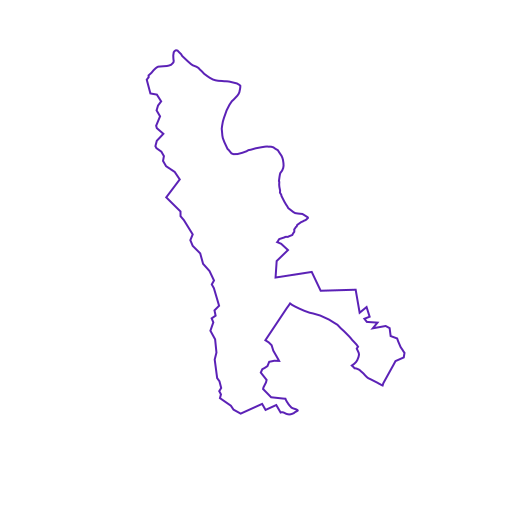 the district of Wujal Wujal, Queensland, Australia, rotated 117°
{"feature_id": "25037944B81164112312357", "entity_name": "Wujal Wujal", "entity_type": "district", "adm_level": 2, "iso_a3": "AUS", "parent_name": "Australia", "parent_adm1": "Queensland", "projection": "robinson", "projection_center": [145.313, -15.966], "detail": "fine", "context": "isolated", "style": "outline", "palette": "violet", "viewbox_px": 512, "rotation_deg": 117, "n_neighbors": 0, "source": "geoboundaries", "source_scale": "gbopen_adm2", "svg_char_len": 4236}
<svg xmlns="http://www.w3.org/2000/svg" viewBox="0 0 512 512"><g transform="rotate(117 256 256)"><path d="M274.9,79.7L273.9,81.6L273.2,82.7L271.5,85.8L267.5,90.6L265.4,92.8L266.2,99.7L259.6,104.2L259.5,108.7L267.4,119.1L260.2,117.5L264.4,127.3L262.7,130.9L258.5,127.2L251.3,134.3L259.5,137.9L240.8,151.9L257.6,182.6L244.9,199.1L266.3,228.8L251.1,235.3L236.2,230.2L233.7,239.1L234.0,243.4L233.2,243.2L230.7,243.1L230.1,242.7L228.0,240.6L226.4,239.0L225.7,238.6L225.1,237.6L224.5,236.3L223.3,235.4L220.8,233.2L219.0,233.2L217.2,232.9L216.3,233.2L215.0,234.0L213.8,233.8L212.0,233.6L211.3,233.2L210.8,233.2L209.9,233.4L209.1,233.2L208.9,233.0L207.1,232.1L205.2,231.1L204.1,230.1L202.8,229.3L202.1,228.6L201.2,228.1L200.8,227.7L199.3,227.3L198.7,227.0L198.3,227.1L198.0,227.6L197.9,228.7L197.6,232.0L197.5,233.8L199.0,237.6L200.0,240.6L199.9,242.7L199.2,246.3L198.7,249.0L197.6,250.6L196.5,252.6L194.7,255.4L191.0,260.5L189.9,261.4L188.7,263.4L186.8,264.2L183.9,266.5L182.0,267.7L179.4,268.9L178.8,269.6L174.8,271.0L172.2,271.8L171.0,272.0L169.9,271.8L168.0,271.5L165.3,271.7L163.1,272.4L160.8,273.7L158.1,275.6L156.5,277.1L155.1,278.8L153.9,281.0L153.0,282.6L151.8,284.6L151.7,287.3L151.3,289.8L151.7,291.9L152.3,293.4L152.8,294.1L153.2,295.4L154.2,297.2L156.9,300.9L160.2,305.2L163.6,308.8L165.1,310.8L167.0,312.0L168.7,313.6L170.2,315.0L173.6,318.8L175.5,322.4L175.7,324.5L174.0,328.3L173.5,330.0L168.9,335.9L166.0,339.1L163.9,340.7L159.9,343.2L158.2,344.3L155.4,345.3L151.1,346.6L147.2,347.3L144.0,347.7L139.6,348.3L133.3,348.3L129.1,347.8L127.0,347.0L121.6,345.4L119.4,345.1L117.6,345.2L114.6,346.0L113.1,346.5L111.5,347.2L111.1,348.3L110.9,351.3L112.7,358.9L113.5,361.1L114.6,363.4L115.7,366.2L117.0,369.1L117.8,371.7L118.3,374.5L118.2,378.2L117.8,381.3L117.2,384.9L116.0,388.2L115.3,390.8L114.6,392.5L114.4,394.9L114.8,399.0L114.5,401.2L113.4,405.4L112.5,408.5L111.3,412.6L110.2,414.3L109.2,417.5L108.6,419.1L108.8,420.2L109.3,421.0L110.5,421.6L111.8,421.8L113.3,421.3L114.8,420.8L116.8,419.7L118.3,418.8L119.5,417.9L120.8,417.5L121.9,417.7L124.2,418.5L125.9,420.1L127.2,421.7L128.7,424.2L130.1,426.5L131.7,429.1L132.8,429.9L134.4,430.7L137.0,431.6L140.2,432.3L142.6,433.2L143.9,433.7L145.4,432.8L148.5,433.4L159.1,423.9L157.2,417.6L161.3,410.7L166.4,411.6L171.4,410.7L175.1,404.9L185.3,404.1L187.1,402.4L189.2,394.0L198.4,396.7L203.8,395.5L205.1,393.7L206.0,387.7L208.8,383.4L213.5,382.0L216.8,376.9L218.0,366.6L222.4,358.7L244.5,362.6L250.6,343.5L254.8,341.3L256.8,336.5L265.5,322.2L271.7,321.7L275.7,317.0L279.0,306.9L287.0,299.6L290.5,290.6L296.9,282.3L301.4,282.5L303.8,278.9L317.1,266.3L323.3,268.3L327.5,264.9L331.7,267.2L334.5,263.9L343.3,262.7L348.8,254.6L360.0,247.4L367.0,245.8L382.4,235.2L384.2,231.7L389.4,227.1L393.1,227.4L395.2,224.4L399.0,223.6L400.8,210.4L403.1,206.3L403.4,198.1L385.0,183.4L388.8,177.6L379.6,170.3L384.3,163.0L383.9,162.6L383.6,162.3L383.1,161.3L382.9,160.0L382.9,158.8L382.9,157.6L382.7,156.4L382.3,155.0L381.8,153.9L380.5,152.4L378.9,151.0L377.7,150.5L375.0,148.7L374.7,148.7L374.5,149.0L374.4,149.5L374.5,150.0L374.5,150.4L374.4,150.8L374.5,151.3L374.6,151.7L374.7,152.5L374.9,153.4L375.0,155.5L374.4,157.1L373.8,158.7L373.3,159.6L373.1,160.2L372.6,160.9L371.8,162.4L371.3,163.1L370.7,164.0L369.8,165.0L370.7,167.1L375.0,178.4L371.3,189.3L369.6,189.7L364.1,189.7L361.6,190.3L357.7,198.8L354.0,199.0L351.9,197.5L348.9,195.8L344.3,196.2L341.0,192.1L339.0,187.8L338.0,189.2L332.5,197.6L328.4,201.6L327.2,205.4L326.8,209.4L288.4,204.9L285.3,204.4L282.8,204.1L283.2,201.6L283.3,198.0L283.2,193.5L282.9,188.1L282.2,182.5L281.3,179.1L279.9,171.8L279.5,162.1L280.0,156.3L280.3,152.2L281.9,147.7L283.0,143.6L284.4,139.3L285.4,136.3L286.4,133.8L286.9,132.8L287.3,131.8L288.0,129.7L289.3,126.2L290.5,123.9L292.8,124.2L294.8,121.6L295.8,120.4L297.2,119.4L299.5,118.8L302.7,118.5L304.9,118.7L307.4,119.5L310.1,120.9L310.8,118.4L311.1,117.7L311.3,117.2L310.8,116.1L310.6,114.6L310.5,112.9L310.6,111.7L311.1,110.1L311.4,108.8L311.9,106.9L312.7,104.9L313.4,102.8L313.7,101.7L313.9,100.5L313.8,98.2L313.8,97.0L313.8,95.6L313.8,92.3L313.8,89.9L313.9,89.0L313.9,87.2L314.0,85.6L313.9,84.4L311.6,84.8L296.3,84.3L291.0,84.1L286.3,84.0L279.3,78.3L274.9,79.7Z" fill="none" stroke="#5b21b6" stroke-width="2"/></g></svg>